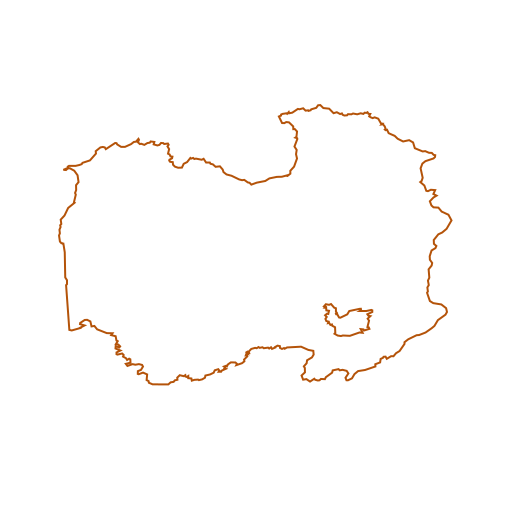 Sukabumi, Jawa Barat, Indonesia, rotated 77°
{"feature_id": "22746128B66929526216355", "entity_name": "Sukabumi", "entity_type": "district", "adm_level": 2, "iso_a3": "IDN", "parent_name": "Indonesia", "parent_adm1": "Jawa Barat", "projection": "equal_earth", "projection_center": [106.689, -7.076], "detail": "fine", "context": "isolated", "style": "outline", "palette": "amber", "viewbox_px": 512, "rotation_deg": 77, "n_neighbors": 0, "source": "geoboundaries", "source_scale": "gbopen_adm2", "svg_char_len": 6101}
<svg xmlns="http://www.w3.org/2000/svg" viewBox="0 0 512 512"><g transform="rotate(77 256 256)"><path d="M177.6,80.7L177.5,86.9L173.6,91.6L170.2,93.8L166.2,99.1L162.5,99.9L162.6,101.3L161.8,102.0L161.3,101.1L158.7,101.4L156.2,102.7L156.1,103.9L155.5,103.0L155.0,104.4L149.7,106.0L147.6,109.2L147.9,111.3L146.7,113.0L145.4,114.3L143.3,112.7L142.8,114.4L141.0,115.0L141.4,116.3L140.8,117.9L141.7,119.4L140.5,121.9L140.7,125.5L139.0,129.4L139.4,131.2L138.5,134.5L139.4,135.6L139.0,138.3L137.9,139.8L136.4,140.2L136.6,142.1L134.1,144.9L134.3,148.3L128.9,151.6L127.0,157.1L123.4,159.4L123.1,161.6L125.2,164.0L125.5,169.2L126.3,170.0L126.4,172.2L125.8,172.4L125.5,175.0L122.7,176.8L122.8,180.7L122.1,182.1L124.5,188.4L124.4,191.6L123.1,191.7L124.5,193.7L123.8,194.2L123.5,198.2L123.8,199.7L124.8,200.0L125.2,202.3L132.3,200.7L132.9,198.5L132.3,196.4L133.2,193.8L138.1,190.6L140.8,191.1L141.0,189.7L143.9,188.0L149.0,189.8L149.5,191.0L150.5,189.4L151.3,189.4L158.0,193.9L161.8,192.5L165.8,194.1L170.2,194.1L177.5,198.8L180.7,203.4L183.5,204.0L185.1,207.4L184.5,208.6L184.7,207.4L184.4,207.3L184.6,213.0L183.6,217.8L183.4,225.5L185.0,230.1L184.7,238.7L185.4,244.5L183.2,245.8L182.5,247.4L179.2,250.3L179.0,252.5L177.6,255.2L172.3,261.8L169.9,266.4L166.9,268.8L164.3,269.0L160.5,271.0L160.0,275.3L157.0,277.4L155.9,279.6L154.5,280.0L153.7,283.6L149.5,285.2L150.0,287.2L147.6,292.6L147.6,294.3L146.3,295.2L146.5,297.3L145.7,297.9L149.0,302.0L149.9,305.7L153.2,308.3L152.5,312.0L150.7,314.9L148.4,316.3L145.8,316.0L144.9,318.5L143.5,319.1L142.7,318.7L141.9,315.8L140.4,315.1L139.7,316.9L137.7,317.3L136.5,318.7L132.3,316.6L129.3,317.6L128.0,316.1L126.6,316.5L126.2,320.3L125.2,320.9L124.5,323.1L126.0,325.1L126.1,327.2L124.2,330.6L122.0,329.4L120.7,332.9L121.7,334.0L121.5,336.4L122.6,339.8L120.8,342.6L120.8,344.0L118.6,345.5L116.5,343.9L115.4,344.2L117.6,347.2L117.4,349.4L118.9,352.6L120.2,359.1L119.3,362.9L116.0,366.2L114.7,366.5L114.2,367.8L118.1,378.3L116.2,378.9L115.3,380.7L115.2,383.2L117.8,388.6L120.2,388.9L125.5,396.3L126.2,404.1L127.3,405.2L127.6,407.6L127.6,411.5L126.1,417.9L126.6,419.3L127.8,419.2L128.7,424.3L129.5,421.8L128.4,419.8L128.6,417.7L132.0,413.9L137.2,411.7L144.1,412.3L146.5,415.4L151.3,416.4L153.9,418.1L155.7,417.8L162.7,421.3L163.3,420.8L166.9,428.2L173.5,433.5L176.6,438.1L181.0,438.5L182.0,439.9L183.8,439.9L186.2,441.6L189.8,442.0L191.7,443.3L197.8,443.8L199.7,442.8L200.1,441.4L200.3,442.4L200.6,440.9L209.3,441.5L234.0,446.7L237.1,445.6L240.9,446.5L241.7,447.6L286.0,454.5L287.1,452.3L286.6,442.2L286.3,443.3L285.1,438.7L282.8,442.8L281.7,442.4L279.8,437.3L280.2,434.9L282.5,432.1L287.6,432.1L287.8,429.2L291.7,427.3L297.6,418.7L299.0,413.2L300.5,414.9L302.6,410.8L306.9,411.0L307.9,409.9L310.3,412.3L311.3,410.1L313.5,408.7L314.4,409.8L312.3,413.0L314.5,413.7L317.6,409.4L318.6,413.6L320.3,414.0L320.9,413.2L320.9,408.3L322.7,407.2L324.1,408.2L326.3,405.7L328.3,405.0L327.5,402.7L328.4,401.7L331.7,402.3L331.8,407.1L334.2,406.0L333.6,400.6L334.8,398.0L335.0,394.4L336.5,391.5L338.3,391.0L341.1,393.7L341.6,397.0L344.3,397.7L344.8,396.9L344.2,392.3L346.9,388.7L352.3,390.5L353.7,388.8L355.4,388.9L357.8,385.6L361.4,370.3L359.9,367.6L360.1,364.6L358.9,363.1L358.9,360.4L356.8,360.1L355.0,357.1L356.8,353.5L356.2,351.7L357.6,351.8L358.3,350.7L357.7,349.0L359.8,349.5L360.8,346.5L363.0,346.6L362.8,343.9L363.4,340.2L364.1,339.6L364.1,336.2L363.1,333.1L361.1,332.2L361.1,327.4L360.2,323.5L358.1,321.9L357.8,318.2L359.5,317.5L360.4,318.4L360.9,316.0L360.0,315.3L359.1,310.7L358.1,312.0L357.2,311.0L356.5,311.8L356.2,309.5L356.9,309.1L355.3,307.7L354.0,304.5L355.1,300.0L356.8,298.8L357.9,299.7L357.3,293.7L356.0,291.0L354.2,290.9L351.8,287.0L350.4,286.9L350.4,288.2L349.0,287.3L349.5,286.2L347.7,287.0L347.4,286.1L348.3,286.0L348.9,284.5L347.5,284.6L345.5,281.5L345.3,277.5L346.0,276.1L345.3,274.0L346.3,273.1L346.4,270.2L347.6,269.2L348.0,264.8L349.1,264.0L348.3,261.9L350.1,261.3L349.5,257.8L349.0,257.9L348.2,255.2L349.2,253.0L350.9,253.3L352.4,251.6L352.0,249.4L352.8,248.9L352.1,246.3L354.5,232.5L359.3,226.1L361.3,221.5L365.0,222.0L367.4,224.3L369.1,229.7L371.9,230.8L374.3,234.2L376.1,233.6L380.4,234.5L382.7,238.5L387.1,237.9L387.3,234.6L390.5,231.6L388.7,226.8L389.9,226.2L391.2,223.8L391.4,222.1L390.4,220.4L391.5,216.6L389.8,215.2L386.8,208.1L384.7,207.0L384.8,201.0L386.2,200.2L386.4,197.2L388.3,193.5L391.2,192.4L394.8,196.2L397.4,195.8L397.8,194.4L396.8,190.0L393.2,186.6L391.1,182.4L391.6,175.4L390.5,164.5L388.3,164.1L387.6,159.0L384.3,157.7L383.8,155.2L382.9,154.4L383.2,152.4L385.6,151.7L384.0,146.9L384.6,144.6L382.2,141.4L380.9,137.5L375.1,131.1L373.4,130.7L371.4,126.4L369.3,117.3L369.7,114.9L368.7,108.0L365.9,101.1L364.3,97.9L359.4,93.2L355.8,84.6L353.5,82.5L349.6,82.5L344.9,86.3L341.8,93.9L339.0,96.7L330.3,97.6L329.2,96.5L325.2,96.1L323.2,94.2L318.7,94.0L316.1,92.0L307.8,90.8L304.8,87.0L302.4,85.9L298.8,87.4L295.3,86.8L290.1,83.7L288.7,79.4L286.8,78.0L284.2,79.9L280.4,79.2L275.9,73.5L275.0,69.3L272.4,64.2L265.3,57.5L259.1,59.2L254.5,65.1L249.9,67.4L248.5,72.1L246.2,73.7L241.8,74.3L238.9,69.9L237.8,66.5L235.5,69.2L232.1,66.6L230.8,70.7L231.5,73.9L230.8,75.4L225.2,76.1L220.9,79.3L220.2,77.8L217.3,76.0L207.6,75.9L203.4,73.1L201.7,69.6L200.9,61.1L199.8,59.3L198.1,58.7L197.4,60.2L195.1,61.5L194.3,64.3L191.9,67.5L191.6,70.1L186.7,77.0L180.7,77.4L177.6,80.7ZM336.7,155.3L337.8,160.6L339.5,159.9L340.3,158.1L342.2,161.3L344.4,160.4L350.3,163.4L350.9,162.2L352.5,161.9L352.9,167.5L351.7,167.8L350.8,170.4L354.8,169.4L353.8,172.4L354.9,182.5L353.0,189.2L353.1,191.2L351.9,194.3L349.4,197.0L348.6,196.0L343.2,195.0L341.1,197.4L339.8,197.4L339.9,199.0L337.6,199.8L337.6,200.9L336.3,200.0L335.2,202.1L332.9,202.5L331.3,200.8L329.3,202.0L328.2,199.8L328.7,198.6L325.8,197.2L324.8,199.7L322.3,199.3L321.8,200.8L321.0,199.7L320.3,201.0L318.7,198.8L320.0,195.8L319.7,193.7L324.0,191.4L324.9,189.9L328.1,190.6L329.6,190.0L330.0,191.1L330.8,191.0L331.2,189.9L334.6,188.9L335.1,187.7L333.4,180.2L330.6,177.5L330.8,166.8L331.0,165.7L332.4,165.8L332.9,167.3L334.4,161.0L334.5,155.7L335.1,154.9L336.7,155.3Z" fill="none" stroke="#b45309" stroke-width="2"/></g></svg>